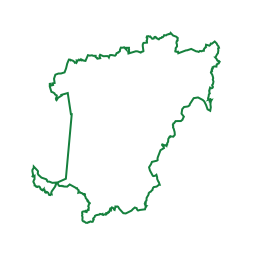 Arandas, Jalisco, Mexico, rotated 352°
{"feature_id": "50627088B62957650950334", "entity_name": "Arandas", "entity_type": "district", "adm_level": 2, "iso_a3": "MEX", "parent_name": "Mexico", "parent_adm1": "Jalisco", "projection": "equal_earth", "projection_center": [-102.317, 20.749], "detail": "fine", "context": "isolated", "style": "outline", "palette": "green", "viewbox_px": 256, "rotation_deg": 352, "n_neighbors": 0, "source": "geoboundaries", "source_scale": "gbopen_adm2", "svg_char_len": 5752}
<svg xmlns="http://www.w3.org/2000/svg" viewBox="0 0 256 256"><g transform="rotate(352 128 128)"><path d="M228.0,75.1L227.6,74.6L227.1,74.9L226.8,74.3L226.4,74.1L226.4,73.8L225.8,73.5L225.3,71.9L224.2,70.2L224.5,70.2L226.3,67.6L227.5,66.4L228.3,63.6L228.3,61.7L229.3,61.3L228.9,59.6L228.0,58.2L227.6,56.7L225.9,54.4L222.8,56.2L221.7,55.9L221.2,57.0L220.1,57.8L216.9,56.4L216.4,58.2L215.9,58.8L216.1,59.0L214.5,60.0L213.8,62.1L212.6,61.8L211.6,62.3L209.9,61.7L208.6,62.5L207.3,61.8L206.2,61.6L201.6,58.5L197.3,59.3L196.2,59.2L188.2,61.0L188.1,59.4L187.0,59.4L185.5,58.8L185.5,58.3L186.1,57.2L186.3,55.6L187.9,54.0L188.1,51.8L187.8,51.1L187.9,49.9L188.4,48.7L188.9,48.7L189.4,48.1L189.3,46.8L189.6,46.6L189.8,45.8L188.5,44.3L185.5,42.7L183.4,39.7L182.5,40.8L181.2,40.6L180.8,40.9L179.8,40.9L178.6,41.6L176.7,41.1L176.2,42.0L175.1,42.9L174.3,42.7L173.7,43.4L172.1,43.5L170.9,44.5L170.3,44.3L169.7,43.4L168.6,43.1L168.3,42.0L167.6,41.5L166.9,41.6L165.9,43.0L164.4,43.0L162.7,40.4L161.9,40.6L161.1,39.9L159.5,39.9L159.0,41.1L159.6,41.8L159.1,43.5L158.6,44.1L158.8,45.0L158.7,46.1L155.2,45.9L154.3,47.2L154.0,48.8L154.0,54.0L153.3,54.4L151.7,54.5L151.1,55.1L148.3,53.5L146.5,53.1L138.8,54.3L138.8,53.3L139.8,52.9L139.6,51.8L140.0,50.5L139.9,49.6L140.1,48.7L137.3,48.3L137.4,50.4L135.3,47.5L134.4,47.8L132.1,47.4L130.9,49.5L130.7,50.7L130.1,51.2L128.9,51.6L128.8,52.0L127.1,52.3L126.2,53.9L125.2,54.6L122.1,53.5L120.4,53.3L119.9,53.6L118.9,55.5L118.4,54.4L117.5,53.9L113.6,53.5L110.6,51.6L109.8,52.7L110.2,55.0L107.3,55.1L106.9,54.4L107.0,54.2L105.8,53.2L106.0,52.0L103.6,51.7L102.5,51.0L100.1,51.0L98.5,50.3L95.6,55.0L95.2,55.1L95.1,55.6L93.7,55.2L91.3,53.6L91.2,54.5L89.1,53.6L89.0,54.2L86.6,53.9L86.8,55.2L85.9,56.4L85.2,55.7L84.5,56.0L84.0,54.9L82.7,53.6L80.8,52.7L80.5,52.9L80.1,52.2L79.0,52.0L76.8,55.7L75.0,60.3L72.9,64.1L69.3,64.7L66.6,64.4L63.5,65.1L61.6,68.9L61.6,73.2L59.7,73.3L59.8,75.0L57.6,75.3L57.5,73.4L56.7,73.4L56.3,76.0L57.2,81.6L58.5,82.2L60.0,83.4L60.4,84.6L62.0,85.9L61.4,87.9L61.1,88.2L61.3,88.6L60.7,89.0L60.8,90.1L61.1,90.5L62.9,88.4L66.9,86.6L66.7,85.9L73.2,85.0L73.4,106.4L74.2,106.5L59.4,169.6L50.7,172.1L45.5,171.8L42.5,170.1L41.1,170.0L40.3,168.8L40.4,168.0L39.8,167.3L35.4,165.1L32.7,161.8L32.3,160.3L32.8,158.7L32.7,157.9L29.3,153.1L29.0,154.6L27.7,155.9L27.3,157.2L27.5,161.4L26.7,162.6L27.1,162.9L28.8,162.3L28.3,165.7L27.6,166.4L26.8,168.1L27.7,170.9L27.5,171.9L28.1,172.1L29.0,173.5L29.7,173.7L29.7,173.4L30.3,173.8L30.8,173.4L31.8,173.5L32.6,174.5L32.9,176.2L33.8,177.2L34.2,177.0L34.8,177.8L35.8,177.0L35.6,177.7L36.3,178.1L36.7,177.9L36.9,179.1L37.5,179.5L37.1,180.2L37.8,180.7L38.7,180.0L39.1,180.2L40.0,181.2L40.6,183.3L41.7,183.6L42.2,183.0L43.2,183.2L43.0,181.4L43.6,180.2L47.9,175.6L48.1,174.8L48.7,174.2L48.7,173.5L49.5,173.2L49.4,172.7L50.7,172.9L51.4,175.3L52.0,175.9L54.6,176.1L54.8,176.5L55.9,176.6L56.3,177.0L59.6,177.6L62.4,175.8L68.0,180.0L68.3,180.5L69.1,180.5L69.5,181.8L70.5,182.9L69.8,185.2L71.5,184.9L71.8,185.5L73.2,186.0L74.5,187.5L75.0,187.1L75.8,187.3L75.8,187.9L76.1,188.0L75.8,188.9L76.4,190.6L76.4,191.6L77.8,193.6L77.5,194.3L78.0,195.2L78.5,195.1L78.7,196.0L79.7,197.0L79.7,197.3L78.6,198.0L78.4,199.0L77.7,199.9L78.1,201.0L77.6,203.5L77.0,203.3L76.8,203.9L76.0,204.0L75.3,205.5L74.8,205.4L74.2,204.2L73.2,204.7L72.3,204.4L71.2,204.6L70.9,205.1L70.7,205.9L70.8,207.3L70.3,208.4L70.6,209.9L70.0,212.8L70.2,213.6L70.9,214.4L71.5,214.4L73.1,216.0L74.8,216.3L75.7,215.7L76.2,215.9L77.7,215.3L79.0,215.9L80.0,215.9L81.3,213.8L80.8,213.2L81.0,212.7L82.5,211.6L83.1,210.4L84.5,209.9L87.7,209.7L88.3,209.2L90.1,209.8L90.7,209.6L90.7,210.3L91.4,210.7L92.5,210.3L93.7,210.2L94.0,210.7L94.6,210.5L94.7,209.2L96.0,209.4L96.2,209.0L96.6,209.1L97.0,208.4L97.6,208.6L98.5,206.8L99.2,207.2L99.2,206.0L99.8,206.3L99.8,205.1L100.4,205.1L101.0,204.4L102.0,205.0L103.0,207.1L103.3,207.3L104.6,204.1L105.1,204.5L106.2,204.1L107.2,204.6L108.2,206.9L111.5,211.7L113.9,212.3L120.0,210.3L121.4,209.1L123.7,207.7L125.4,208.6L125.4,209.1L125.8,210.3L126.5,211.1L128.5,210.8L133.5,210.9L134.2,209.3L134.8,208.7L134.6,208.2L135.5,207.7L134.9,207.3L134.8,206.3L134.3,206.4L134.1,205.5L134.6,205.3L134.6,204.4L135.2,204.4L135.2,203.2L136.2,202.4L136.7,199.8L139.1,196.8L139.4,195.5L140.3,194.7L141.9,194.1L142.7,193.2L143.5,192.9L144.3,191.0L145.3,190.1L148.2,190.0L150.8,188.5L151.5,188.6L150.9,185.7L150.6,185.4L149.8,182.5L150.0,180.8L149.6,178.3L148.4,179.0L146.7,179.2L145.9,178.8L143.8,173.1L143.4,169.8L145.7,167.1L147.0,164.9L152.0,164.4L152.9,163.9L153.0,162.3L153.4,161.2L157.1,154.5L160.8,152.9L160.6,151.5L159.4,149.7L159.5,149.1L159.8,149.0L160.6,149.5L160.5,150.4L161.5,150.1L162.3,150.5L162.5,150.2L163.3,150.3L163.7,150.9L164.1,149.8L164.5,149.8L164.7,148.6L165.8,147.2L166.4,144.4L167.7,142.9L168.2,142.8L168.1,142.3L168.5,142.1L168.6,142.4L168.8,142.2L171.7,142.9L173.4,141.3L173.6,138.5L173.1,134.7L172.7,133.9L172.7,133.3L173.1,132.4L172.8,131.2L173.6,129.8L174.2,129.8L176.1,127.8L181.3,128.5L183.2,127.3L183.6,126.4L184.9,124.6L183.0,121.2L184.3,116.9L186.4,115.0L190.3,115.0L191.8,114.3L192.3,113.8L192.5,113.0L197.2,107.6L201.6,107.5L205.9,110.6L207.2,112.2L208.5,116.1L209.4,120.6L211.8,122.4L212.9,119.0L212.9,116.1L213.6,113.4L214.7,111.9L213.4,112.1L213.5,110.9L212.9,111.0L212.6,111.5L212.6,111.0L211.3,111.2L211.9,110.5L211.4,109.7L212.2,108.1L212.8,105.9L213.8,105.2L213.5,103.7L213.8,102.6L213.6,102.4L214.9,99.5L215.7,100.3L216.8,100.2L217.6,99.7L217.8,98.9L217.3,97.9L217.3,97.2L218.3,96.2L219.1,93.9L218.7,91.8L219.2,90.9L219.3,89.8L218.8,86.8L217.9,85.0L217.8,84.5L218.5,83.3L218.8,83.8L219.2,83.4L219.1,81.5L219.6,80.8L220.1,81.0L220.4,80.5L220.3,79.6L221.9,79.0L224.1,79.5L224.6,77.6L225.3,77.4L225.5,76.8L226.8,76.7L228.0,75.1Z" fill="none" stroke="#15803d" stroke-width="2"/></g></svg>